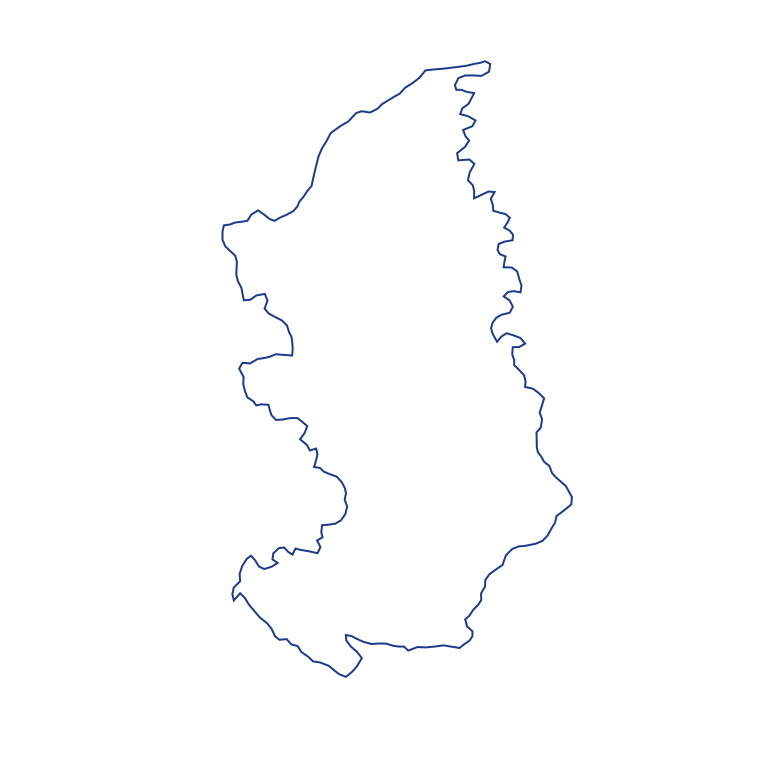 outline of Casimiro de Abreu, Rio de Janeiro, Brazil, rotated 247°
{"feature_id": "56859067B53466809701697", "entity_name": "Casimiro de Abreu", "entity_type": "district", "adm_level": 2, "iso_a3": "BRA", "parent_name": "Brazil", "parent_adm1": "Rio de Janeiro", "projection": "albers", "projection_center": [-42.139, -22.475], "detail": "fine", "context": "isolated", "style": "outline", "palette": "blue", "viewbox_px": 768, "rotation_deg": 247, "n_neighbors": 0, "source": "geoboundaries", "source_scale": "gbopen_adm2", "svg_char_len": 3994}
<svg xmlns="http://www.w3.org/2000/svg" viewBox="0 0 768 768"><g transform="rotate(247 384 384)"><path d="M315.2,522.9L321.4,519.3L326.2,512.7L330.8,515.2L337.2,516.4L345.9,513.2L350.5,511.2L355.5,513.3L360.9,513.5L367.6,516.9L365.2,522.9L366.1,529.7L373.1,527.5L378.7,521.7L382.8,516.6L381.8,510.6L378.7,504.6L388.1,503.6L393.6,504.4L398.1,508.0L401.2,513.5L401.8,519.3L400.5,527.5L404.7,532.8L411.8,532.3L417.9,528.4L420.2,534.0L418.9,539.5L415.0,545.4L421.0,549.1L427.8,549.5L435.5,550.6L441.3,547.1L444.7,539.7L449.4,542.6L453.9,545.7L458.2,541.4L463.1,540.9L468.1,544.3L467.9,550.8L466.1,558.5L471.1,561.1L476.3,559.5L481.0,555.7L484.2,560.5L487.8,564.8L492.9,562.3L496.6,557.4L500.7,552.3L506.1,554.1L512.9,554.8L517.5,560.8L520.3,555.4L520.0,546.6L519.7,539.4L526.1,542.3L532.1,543.4L538.9,540.9L545.4,545.7L551.3,553.2L557.3,550.3L560.8,539.8L567.9,541.5L570.6,551.2L574.8,557.5L580.2,555.8L586.9,556.1L586.8,566.1L590.8,571.2L597.6,566.1L602.7,559.6L607.1,563.8L608.9,571.4L616.5,580.6L620.8,574.0L624.4,570.4L626.6,565.5L631.4,566.1L636.5,572.0L636.3,579.2L633.7,585.5L629.5,594.3L630.5,602.8L637.1,606.8L641.6,603.1L642.1,597.5L643.4,592.4L644.5,585.3L646.2,578.7L648.6,570.4L650.6,563.5L652.3,558.0L654.3,552.1L656.5,544.7L652.1,536.5L649.8,527.6L648.5,519.4L645.1,511.9L644.5,505.9L643.4,498.5L642.4,491.6L639.9,485.6L639.4,477.2L643.8,470.0L644.3,464.3L642.0,459.0L639.6,453.7L638.5,444.9L635.9,433.2L630.4,426.4L624.9,418.7L619.0,412.6L609.4,405.3L605.4,402.4L599.9,398.4L594.6,394.7L591.4,388.4L587.8,383.1L584.9,377.3L581.4,373.8L578.6,368.3L577.8,360.3L577.8,353.7L577.0,346.8L580.7,343.1L585.9,340.3L593.0,336.0L591.8,328.0L587.6,322.0L589.1,316.0L590.8,310.1L591.0,304.6L592.6,298.6L587.6,295.0L579.9,291.7L572.6,291.7L564.7,295.2L560.2,297.2L553.8,296.3L547.8,293.3L542.0,290.6L535.1,289.7L528.3,290.3L515.8,287.7L513.8,294.0L515.4,301.1L513.5,309.5L506.4,309.4L500.0,303.5L493.8,305.5L487.7,310.4L482.5,314.8L475.8,317.5L468.5,316.9L463.7,317.3L458.7,316.0L452.1,313.7L446.1,310.6L450.2,302.6L453.7,296.0L453.7,289.7L454.7,284.0L456.4,277.5L455.3,268.7L458.8,262.0L454.8,256.7L445.3,257.5L438.9,254.4L431.5,253.2L425.0,253.0L419.2,256.9L414.2,258.1L413.2,263.2L410.0,269.5L404.1,268.6L399.2,268.3L393.1,270.6L390.8,277.1L389.4,283.8L386.6,290.9L381.5,293.8L375.2,296.9L369.9,291.8L365.9,285.2L358.0,289.2L351.8,289.8L351.1,296.3L345.1,295.2L340.5,291.8L334.9,287.2L331.7,292.3L326.9,294.3L322.0,299.1L317.2,304.3L309.9,306.8L303.2,307.3L298.0,306.2L292.9,302.6L285.6,302.2L279.5,297.7L275.3,291.1L274.5,284.4L276.4,277.1L278.2,271.8L272.2,268.4L266.9,267.5L266.1,261.3L258.7,261.8L254.2,256.7L259.4,249.5L263.7,242.7L267.1,238.2L262.7,233.1L266.9,230.2L272.5,228.2L274.0,223.1L271.3,215.9L266.1,212.8L260.9,216.2L259.7,209.4L260.5,201.4L264.8,197.6L272.1,196.5L277.9,194.5L276.7,189.4L271.8,182.3L265.6,176.9L258.7,174.5L255.2,166.0L249.7,162.3L243.4,161.2L247.6,169.8L241.3,172.3L233.4,173.5L223.9,176.5L217.6,178.5L209.1,183.1L202.0,184.9L194.4,185.2L189.4,187.8L187.2,194.7L180.6,196.9L176.4,202.2L169.6,203.2L162.5,207.7L156.4,210.3L152.7,216.3L146.1,223.1L139.8,226.3L134.3,229.4L129.3,234.6L131.7,242.6L134.9,249.1L140.4,256.5L148.0,254.5L155.1,251.0L162.7,249.1L167.8,250.8L164.6,255.7L160.5,259.0L154.9,264.1L149.6,270.8L146.7,279.0L144.1,284.7L139.6,289.9L136.7,294.7L134.4,299.9L129.1,302.1L128.8,312.0L125.1,319.8L122.2,329.1L120.2,336.6L116.0,343.2L111.5,350.4L113.0,355.8L114.4,362.4L117.2,366.8L121.8,368.8L128.4,365.7L135.7,366.8L137.4,372.2L141.3,377.9L143.7,384.0L147.0,389.0L153.4,391.6L158.1,397.9L164.0,400.7L167.7,406.7L169.5,414.4L171.1,422.4L178.7,429.3L182.0,437.5L181.9,444.4L179.8,450.9L177.7,461.1L177.7,468.6L180.6,475.4L186.2,482.5L189.6,487.3L195.1,491.3L197.2,499.9L199.9,509.3L206.4,512.8L219.0,511.5L230.6,505.9L236.4,503.9L243.8,504.2L249.8,501.0L255.5,500.4L261.0,499.0L265.9,499.9L273.6,503.0L279.9,505.5L282.5,511.2L289.9,515.8L296.8,516.1L302.2,520.7L308.3,525.8L315.2,522.9Z" fill="none" stroke="#1e3a8a" stroke-width="2"/></g></svg>